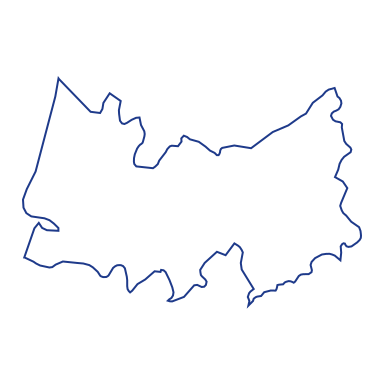 SVG path tracing the border of Coimbra
{"feature_id": "PRT-752", "entity_name": "Coimbra", "entity_type": "District", "adm_level": 1, "iso_a3": "PRT", "parent_name": "Portugal", "parent_adm1": "", "projection": "albers", "projection_center": [-8.26, 40.222], "detail": "fine", "context": "isolated", "style": "outline", "palette": "blue", "viewbox_px": 384, "rotation_deg": 0, "n_neighbors": 0, "source": "natural_earth", "source_scale": "10m", "svg_char_len": 3082}
<svg xmlns="http://www.w3.org/2000/svg" viewBox="0 0 384 384"><path d="M24.3,257.4L34.4,228.3L38.8,222.9L42.1,227.9L46.9,230.2L58.4,230.8L58.4,228.0L53.8,223.5L49.5,220.2L44.5,218.3L31.3,216.4L26.4,213.2L23.5,207.7L23.0,199.6L26.8,189.1L35.6,171.5L55.3,96.6L58.5,78.4L59.1,79.2L90.6,111.8L100.1,113.0L102.4,109.0L103.4,102.9L109.7,93.3L120.7,101.0L118.9,110.2L119.1,113.9L120.0,120.7L122.0,123.4L124.4,124.0L126.9,122.9L131.7,119.8L136.1,117.8L139.5,117.5L141.0,125.0L144.3,131.3L144.7,134.0L144.4,136.3L142.9,141.9L142.4,143.0L141.1,144.1L140.2,144.6L138.7,146.2L137.1,148.6L134.8,154.3L134.0,158.2L133.9,161.7L134.3,164.0L136.3,166.4L153.0,168.2L155.2,166.6L157.8,164.1L159.2,160.6L165.7,152.2L167.3,149.1L169.8,146.4L171.8,145.7L178.0,146.2L181.5,141.6L181.3,138.4L183.8,135.7L187.1,137.0L189.9,139.3L198.8,141.8L205.5,146.6L210.0,150.6L214.6,152.9L216.8,155.1L218.6,155.1L219.3,154.1L220.0,152.4L220.2,150.6L220.9,149.0L222.2,147.9L234.3,145.5L251.1,148.2L272.8,132.0L288.3,125.4L300.9,116.4L306.0,113.6L312.8,102.8L322.5,95.4L325.7,91.6L328.7,89.6L334.6,88.0L337.5,96.5L339.4,98.0L341.0,100.7L341.4,103.4L340.3,106.9L338.6,109.3L336.3,110.6L333.8,111.6L331.8,113.4L331.0,115.9L333.0,119.7L335.5,121.3L340.4,122.3L342.1,124.0L341.8,127.4L344.3,141.0L346.2,143.9L350.4,147.6L351.3,149.6L350.6,152.2L344.1,156.8L341.6,159.9L339.6,163.8L338.2,169.7L335.0,177.1L342.8,181.5L347.3,188.1L341.1,202.9L340.2,205.9L341.8,210.5L343.3,213.1L346.3,215.7L351.2,221.7L359.1,227.2L360.5,231.0L360.8,233.5L361.0,235.7L360.8,237.9L359.7,239.9L357.2,242.4L351.5,246.4L348.5,246.9L346.5,246.3L345.4,244.8L344.9,243.6L343.5,243.3L342.1,244.2L340.7,246.4L341.2,252.7L340.4,260.3L334.8,255.6L332.1,254.5L329.5,253.8L326.0,253.9L321.9,254.5L315.1,258.1L311.6,261.9L310.6,265.0L311.9,270.2L311.5,272.2L308.7,274.1L303.2,274.2L300.9,274.6L298.8,276.0L295.1,281.6L293.7,282.7L292.4,282.0L290.6,281.3L288.6,281.1L286.1,281.8L284.7,282.5L283.1,284.3L278.9,284.7L277.4,285.1L277.0,287.3L276.5,289.1L275.6,290.6L270.8,290.5L264.2,292.2L261.1,296.0L257.2,296.6L255.7,297.2L253.7,298.7L253.0,301.0L248.4,305.6L249.4,301.0L249.1,300.4L248.6,298.9L247.8,297.0L249.1,293.2L250.4,291.6L253.7,289.0L241.7,269.5L240.8,263.0L242.8,252.4L241.7,250.0L239.9,247.2L238.1,245.7L234.4,243.4L225.6,255.2L216.9,251.8L204.7,262.9L200.2,269.9L200.4,272.2L200.9,275.0L201.9,276.3L205.3,279.5L206.6,281.7L205.9,284.9L204.2,286.7L201.7,287.0L197.2,284.9L194.2,285.3L184.0,296.9L172.2,301.4L169.9,301.3L167.9,300.7L169.2,299.4L171.4,298.0L173.0,295.5L173.5,292.3L172.3,287.4L169.5,280.1L165.6,272.1L163.6,270.3L161.1,269.9L160.5,271.9L154.6,271.3L145.2,279.5L137.5,284.1L132.2,290.7L130.1,292.4L128.8,291.1L127.6,289.1L127.2,286.2L127.2,280.2L126.8,276.7L124.9,268.3L123.1,266.1L121.0,265.2L119.3,265.1L117.1,265.3L115.1,266.3L113.1,267.9L108.6,275.4L107.7,276.2L106.2,277.0L103.2,277.1L101.2,276.4L100.3,275.8L97.7,271.8L92.8,267.3L89.3,265.1L83.3,263.5L77.6,263.0L62.9,261.5L55.7,264.6L52.3,267.1L49.4,267.5L40.1,265.5L36.1,263.5L33.5,261.7L26.1,258.2L24.4,257.4L24.3,257.4Z" fill="none" stroke="#1e3a8a" stroke-width="2"/></svg>